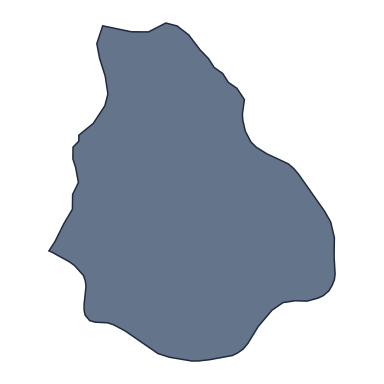 Sangwon, P'yŏngyang, North Korea (Natural Earth projection)
{"feature_id": "82179303B39263220364420", "entity_name": "Sangwon", "entity_type": "district", "adm_level": 2, "iso_a3": "PRK", "parent_name": "North Korea", "parent_adm1": "P'yŏngyang", "projection": "natural_earth1", "projection_center": [126.045, 38.858], "detail": "fine", "context": "isolated", "style": "filled", "palette": "slate", "viewbox_px": 384, "rotation_deg": 0, "n_neighbors": 0, "source": "geoboundaries", "source_scale": "gbopen_adm2", "svg_char_len": 1081}
<svg xmlns="http://www.w3.org/2000/svg" viewBox="0 0 384 384"><path d="M56.8,254.9L69.2,261.7L74.3,265.3L83.4,275.4L85.3,280.9L86.0,286.4L84.1,304.1L84.1,310.2L85.1,315.1L89.7,320.6L95.3,322.2L107.6,322.8L113.9,324.9L125.2,331.0L158.0,353.6L169.7,357.3L191.8,361.0L198.1,361.0L209.6,359.7L232.4,355.5L237.5,353.0L243.2,349.0L247.8,343.5L258.3,326.4L272.0,310.2L283.0,302.6L294.8,300.8L296.1,300.8L307.2,301.1L318.3,298.0L323.4,295.6L329.0,290.7L332.2,285.2L334.4,279.7L335.1,274.2L334.1,256.5L334.4,237.8L330.7,222.0L324.6,211.3L298.6,174.3L294.0,168.8L288.4,163.9L266.8,153.8L256.1,147.1L250.9,141.9L245.3,131.2L242.8,120.2L242.4,114.1L244.4,99.6L241.7,95.5L236.9,88.3L228.4,82.4L222.7,73.5L214.2,67.5L208.5,58.6L200.0,49.8L188.7,34.9L178.6,27.1L177.3,26.0L165.8,23.0L148.5,31.9L131.4,31.8L117.0,28.8L102.7,25.8L96.8,43.6L99.6,58.4L105.2,76.1L107.9,93.9L104.9,105.7L93.3,123.4L78.8,135.2L78.8,141.2L73.0,147.1L72.9,158.9L75.7,167.8L78.4,182.6L72.6,194.4L72.4,209.2L63.7,224.0L54.9,241.7L48.9,250.9L52.6,252.5L56.8,254.9Z" fill="#64748b" stroke="#1e293b" stroke-width="1.5"/></svg>